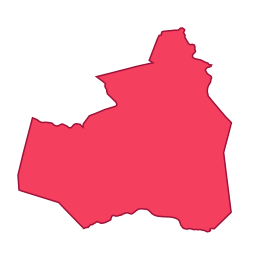 Pentecoste, Ceará, Brazil (Equal Earth projection), rotated 93°
{"feature_id": "56859067B67675566345741", "entity_name": "Pentecoste", "entity_type": "district", "adm_level": 2, "iso_a3": "BRA", "parent_name": "Brazil", "parent_adm1": "Ceará", "projection": "equal_earth", "projection_center": [-39.18, -3.876], "detail": "fine", "context": "isolated", "style": "filled", "palette": "rose", "viewbox_px": 256, "rotation_deg": 93, "n_neighbors": 0, "source": "geoboundaries", "source_scale": "gbopen_adm2", "svg_char_len": 2529}
<svg xmlns="http://www.w3.org/2000/svg" viewBox="0 0 256 256"><g transform="rotate(93 128 128)"><path d="M122.8,223.9L159.4,231.4L180.8,235.4L195.6,233.6L196.5,230.8L205.4,195.8L206.0,193.3L212.3,186.7L230.7,166.8L229.7,165.1L229.3,162.5L228.0,161.5L226.5,160.4L226.5,158.8L225.2,157.0L224.2,155.4L223.2,154.3L223.6,152.3L224.6,149.9L224.2,147.8L223.6,145.8L222.5,143.8L221.6,142.1L220.6,140.5L218.5,140.1L216.6,139.3L216.0,137.9L216.6,135.9L216.4,133.6L215.6,131.9L215.2,129.9L214.1,128.5L213.4,126.5L212.7,125.0L212.9,123.2L213.5,121.4L213.6,119.6L212.3,118.0L211.2,116.7L209.4,114.7L208.4,112.9L208.1,111.3L207.9,109.4L208.1,107.7L208.2,104.7L209.4,102.7L210.9,100.9L212.5,99.3L213.8,96.6L214.5,93.6L214.6,91.2L214.7,89.3L214.7,87.6L214.7,84.7L214.6,83.0L214.7,81.3L214.8,79.3L215.4,76.3L216.3,73.8L217.4,72.4L218.7,71.6L222.2,70.1L224.0,68.7L225.2,67.5L225.7,65.5L225.9,63.3L225.2,61.9L225.5,59.2L226.0,57.4L226.0,55.8L225.7,54.2L226.0,52.6L225.6,51.0L226.0,49.0L226.4,46.1L227.5,43.5L226.9,41.1L225.9,40.3L224.8,40.9L223.9,39.2L224.1,36.6L206.8,20.6L160.1,29.0L147.6,31.2L142.9,30.3L130.2,27.6L117.3,25.0L111.6,31.2L105.9,36.6L95.7,46.2L91.6,49.8L90.4,49.9L88.9,50.4L87.4,50.8L85.7,50.7L84.0,50.6L82.4,50.2L80.7,49.5L79.1,48.6L77.8,48.0L76.4,47.8L75.1,47.7L73.5,47.1L71.8,48.0L70.9,49.5L70.2,50.8L69.2,51.9L67.4,53.1L65.7,53.8L64.2,52.8L63.3,51.6L62.9,50.0L62.1,48.4L60.7,47.8L60.6,50.2L59.0,51.7L58.1,54.8L57.1,56.9L56.2,59.1L55.7,62.2L55.5,64.0L54.9,65.8L53.8,67.2L52.4,67.4L51.0,67.1L49.4,65.5L48.1,64.6L46.4,65.1L44.9,65.5L43.5,65.4L41.7,66.0L41.1,68.1L41.5,70.2L40.6,72.1L39.2,72.7L38.1,73.6L36.5,74.6L35.2,75.5L33.9,76.1L32.2,75.8L31.2,76.7L29.9,77.5L28.4,77.0L27.0,76.5L26.1,77.5L25.3,78.9L25.5,80.8L26.6,81.8L27.8,83.4L27.8,85.7L28.1,87.7L28.5,90.3L29.2,94.7L29.6,97.4L30.0,98.9L31.6,99.6L33.2,99.5L34.0,101.8L37.6,103.3L59.4,110.4L60.4,108.4L61.6,106.5L63.4,113.1L64.9,118.6L65.9,122.1L74.3,148.8L78.4,162.2L82.9,155.4L84.9,152.8L86.7,153.3L88.5,152.9L89.7,152.1L91.0,151.2L92.3,151.2L93.8,150.7L95.0,150.3L102.7,141.5L104.2,140.6L105.8,140.4L106.8,141.4L107.4,142.8L110.8,152.1L115.4,161.7L117.8,167.2L126.3,172.9L129.7,173.0L128.2,174.8L126.9,175.9L126.7,177.8L126.4,179.9L126.9,181.4L127.8,182.6L129.1,183.5L130.9,185.1L130.6,187.4L129.3,189.0L128.4,191.3L127.4,193.7L128.1,195.4L128.9,196.7L129.8,199.1L129.2,201.7L128.2,202.8L127.2,203.9L126.9,205.7L126.7,207.9L126.6,210.4L126.9,213.2L126.9,215.2L125.8,217.3L124.5,219.2L123.7,221.3L122.8,223.9Z" fill="#f43f5e" stroke="#9f1239" stroke-width="1.5"/></g></svg>